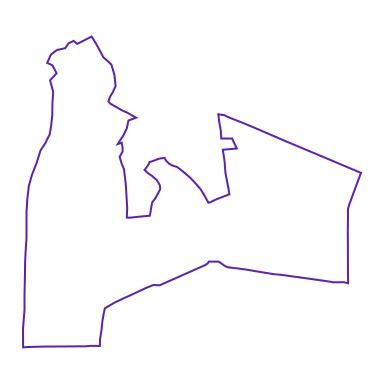 outline of Al-Mejar Al-Kabir, Maysan, Iraq
{"feature_id": "34846034B74630941173951", "entity_name": "Al-Mejar Al-Kabir", "entity_type": "district", "adm_level": 2, "iso_a3": "IRQ", "parent_name": "Iraq", "parent_adm1": "Maysan", "projection": "orthographic", "projection_center": [47.287, 31.432], "detail": "fine", "context": "isolated", "style": "outline", "palette": "violet", "viewbox_px": 384, "rotation_deg": 0, "n_neighbors": 0, "source": "geoboundaries", "source_scale": "gbopen_adm2", "svg_char_len": 2218}
<svg xmlns="http://www.w3.org/2000/svg" viewBox="0 0 384 384"><path d="M99.8,346.0L100.1,338.9L101.5,330.1L102.4,321.0L103.6,314.4L104.8,308.4L107.6,306.7L115.1,302.3L120.3,299.9L122.2,299.0L146.4,287.8L153.5,285.0L159.6,285.3L162.3,284.1L188.7,272.4L195.0,269.6L199.3,267.7L204.9,265.2L207.5,263.6L208.9,261.6L211.0,261.6L212.4,261.6L215.9,261.6L218.5,261.6L220.2,262.7L224.2,265.5L225.9,266.4L227.2,267.1L231.2,267.7L238.0,268.5L246.5,269.6L253.8,270.9L274.0,274.2L280.1,274.7L330.4,281.7L333.2,282.3L343.8,282.2L348.1,283.3L348.0,274.2L347.9,250.6L347.8,231.3L348.0,214.0L348.0,208.8L349.6,203.6L356.8,184.0L361.0,172.9L330.7,160.1L285.6,141.2L253.2,127.2L241.3,122.3L229.8,117.8L224.3,115.2L218.3,114.3L219.1,121.0L220.7,130.0L221.3,138.5L228.6,138.5L232.1,138.5L236.8,148.5L231.4,149.0L228.1,149.3L222.8,149.7L224.0,157.3L224.7,162.7L225.4,172.5L228.4,188.3L229.4,194.3L221.0,197.5L215.2,199.8L210.5,202.2L208.4,202.7L205.0,196.5L204.1,195.0L200.6,189.2L195.4,183.2L192.3,179.9L190.0,177.5L182.6,171.2L177.1,167.0L172.4,165.5L169.4,163.9L166.0,160.7L164.6,157.9L158.9,158.7L153.3,160.9L149.4,162.2L148.5,164.7L147.1,166.5L145.5,168.9L144.5,169.9L147.2,172.5L149.7,174.4L152.2,176.0L153.9,177.7L156.5,179.7L158.2,182.4L159.7,185.0L160.3,188.5L159.7,190.2L158.0,193.5L155.2,198.5L152.2,202.4L151.1,208.0L150.5,212.4L149.8,215.7L139.1,216.7L134.4,217.2L129.7,217.7L126.8,217.6L127.2,208.1L126.4,194.6L125.9,185.7L124.0,169.2L121.7,163.7L119.6,156.9L122.5,151.7L122.7,148.3L121.7,142.8L117.8,144.0L123.3,135.5L126.7,128.7L128.5,120.5L136.1,117.7L127.7,112.9L121.8,110.2L115.9,106.8L110.3,103.7L108.4,101.3L110.1,96.6L112.9,92.0L115.6,86.1L114.4,74.8L112.5,68.3L111.4,64.6L108.3,61.6L103.3,57.2L98.1,47.4L96.2,44.0L93.1,38.8L91.6,36.6L84.3,40.3L77.2,43.9L73.6,40.9L68.6,43.3L65.2,48.2L56.9,50.0L50.9,54.6L47.2,62.9L52.4,65.3L56.6,73.3L50.1,80.3L53.2,92.0L52.4,103.6L52.3,115.0L51.0,126.9L49.7,134.3L45.0,143.7L40.5,150.5L36.8,162.4L35.7,165.4L32.1,174.4L28.9,185.7L27.3,199.2L26.5,212.6L26.5,226.4L26.5,238.4L25.6,251.5L25.1,262.9L24.9,278.0L24.5,294.0L24.5,309.9L23.0,329.1L23.1,347.4L28.3,347.0L41.7,346.6L85.8,346.3L89.7,345.9L91.8,345.9L96.0,345.9L99.8,346.0Z" fill="none" stroke="#5b21b6" stroke-width="2"/></svg>